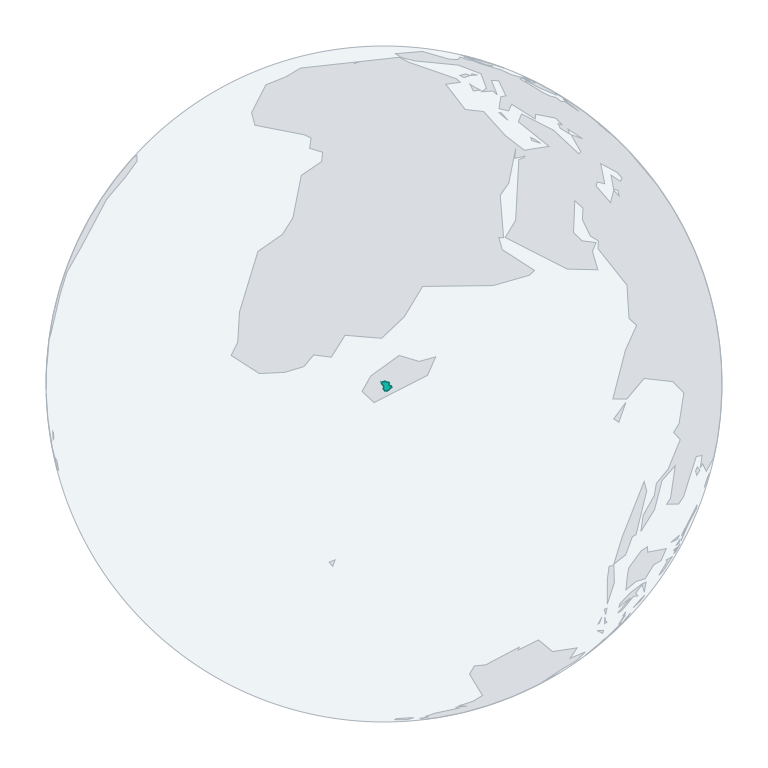 Haute Matsiatra on an orthographic globe, rotated 44°
{"feature_id": "MDG-5873", "entity_name": "Haute Matsiatra", "entity_type": "Autonomous Province", "adm_level": 1, "iso_a3": "MDG", "parent_name": "Madagascar", "parent_adm1": "", "projection": "orthographic", "projection_center": [46.02, -21.511], "detail": "fine", "context": "on_globe", "style": "filled", "palette": "teal", "viewbox_px": 768, "rotation_deg": 44, "n_neighbors": 0, "source": "natural_earth", "source_scale": "10m", "svg_char_len": 6732}
<svg xmlns="http://www.w3.org/2000/svg" viewBox="0 0 768 768"><g transform="rotate(44 384 384)"><circle cx="384" cy="384" r="338" fill="#eef3f6" stroke="#a8b0b8"/><path d="M46.3,396.5L47.3,391.1L51.5,395.2L54.2,414.3L56.2,443.9L71.0,495.4L78.1,523.5L88.6,544.2L109.3,579.1L112.4,585.0L120.5,594.7L129.6,606.1L134.1,611.5L142.6,620.4L144.7,622.6L127.5,604.0L111.8,584.3L97.6,563.4L85.1,541.6L74.1,518.8L64.9,495.3L57.5,471.2L51.9,446.6L48.2,421.7L46.3,396.5ZM147.5,625.3L149.4,627.1L166.7,642.8L174.9,649.1L190.4,660.7L195.7,663.9L197.4,665.3L202.2,668.5L206.4,671.0L206.6,671.6L185.8,657.7L166.0,642.2L147.5,625.3ZM209.9,672.1L208.4,672.7L207.5,671.7L197.6,665.2L201.8,666.3L209.9,672.1ZM184.6,653.9L178.6,648.2L179.9,648.5L184.3,652.6L184.6,653.9ZM368.0,46.5L372.8,46.3L365.7,46.8L354.2,47.5L360.7,47.9L362.2,47.3L367.7,47.2L374.8,46.4L379.0,46.4L378.5,46.1L380.3,46.1L384.5,46.1L384.8,46.3L396.8,46.3L441.9,51.1L444.7,51.6L444.8,51.6L468.4,56.8L491.7,63.7L514.4,72.2L536.4,82.4L557.6,94.1L578.0,107.3L597.3,121.9L615.6,137.9L632.6,155.1L648.4,173.6L649.2,174.6L662.9,193.1L672.5,208.3L676.5,222.9L668.6,220.1L669.8,224.6L662.5,214.5L659.0,219.2L677.7,256.9L679.3,265.7L670.8,274.1L669.5,267.1L650.2,240.4L651.1,260.3L665.9,286.5L671.2,311.6L661.7,298.5L655.9,276.4L649.0,266.3L647.6,248.1L635.7,218.1L626.0,217.7L623.7,207.4L605.9,182.1L590.1,181.7L567.2,199.4L569.1,226.2L559.0,235.8L534.1,191.8L525.0,166.3L514.7,166.6L490.1,144.1L444.0,138.0L438.7,132.1L429.7,134.2L412.6,128.0L404.9,119.2L394.0,119.7L415.1,143.4L426.9,143.5L438.3,135.0L441.9,143.9L458.5,153.3L435.9,174.1L369.4,194.4L365.0,174.8L325.1,128.9L327.5,123.9L327.4,123.4L327.0,122.4L321.3,130.8L315.1,123.1L334.2,152.8L336.5,167.5L368.4,195.7L364.9,198.9L375.8,205.2L413.3,197.8L413.1,204.6L394.1,237.4L344.0,287.0L351.9,321.6L350.5,352.8L322.1,376.1L327.5,401.3L313.2,411.9L314.3,427.0L304.5,444.6L287.0,463.1L254.2,469.6L249.9,455.7L229.9,432.4L201.2,376.2L207.0,347.2L203.1,327.8L179.6,291.4L184.6,267.3L178.9,259.9L166.8,266.1L160.6,257.7L153.5,260.1L111.4,287.5L100.3,280.8L91.2,250.9L100.0,231.3L104.6,214.6L168.1,138.3L178.1,135.4L224.2,114.1L229.3,114.0L220.2,125.5L251.8,130.1L266.4,118.8L298.7,121.0L322.5,118.4L337.6,98.4L298.5,102.0L295.4,94.2L329.6,83.7L364.3,83.1L364.2,80.2L345.4,74.7L356.5,69.6L339.2,72.8L343.9,75.1L333.2,77.6L328.3,75.7L332.4,73.7L322.8,73.5L305.7,84.7L308.6,88.3L281.6,94.1L283.9,101.0L275.4,106.0L268.5,96.3L271.5,92.0L256.0,86.2L250.3,91.0L264.6,97.3L258.7,97.7L251.2,105.9L252.3,100.1L238.2,93.5L215.9,103.0L182.1,129.9L170.2,136.9L162.8,138.4L180.6,118.1L205.1,105.2L211.8,99.3L211.6,96.0L219.0,92.8L222.0,90.4L231.7,86.2L250.0,76.7L260.6,73.1L272.4,66.6L279.4,64.3L270.4,68.4L269.9,70.0L296.7,63.7L303.2,61.6L308.7,58.4L315.4,57.7L317.3,55.4L334.9,52.4L314.9,54.7L320.8,52.5L333.9,50.0L332.3,50.1L310.9,54.5L305.7,56.1L306.9,56.6L289.4,63.3L279.2,66.3L283.9,62.1L270.0,66.5L279.8,62.6L284.6,61.0L312.0,53.8L339.9,49.0L368.0,46.5ZM142.4,169.6L139.8,174.6L142.4,169.6ZM398.9,94.2L421.0,96.2L414.7,85.2L422.7,85.4L417.6,82.1L414.1,84.5L402.2,76.0L413.1,74.1L412.3,70.5L404.8,69.8L386.8,75.0L403.7,86.6L397.0,90.5L398.9,94.2ZM228.5,84.0L230.2,83.3L224.2,86.7L210.8,94.0L219.4,88.9L228.5,84.0ZM246.6,75.3L251.2,73.3L244.9,76.0L249.8,74.0L241.0,78.1L241.0,80.1L235.7,83.5L213.9,93.5L223.9,88.0L221.6,88.6L234.1,81.9L242.0,77.4L246.6,75.3ZM237.5,108.6L241.9,107.8L249.3,105.6L244.6,111.2L237.5,108.6ZM227.4,104.1L231.7,102.2L228.7,108.0L224.2,109.3L227.4,104.1ZM236.6,96.8L232.1,101.7L231.8,99.8L236.6,96.8ZM274.7,67.0L279.6,65.5L279.1,66.1L275.3,67.8L274.7,67.0ZM329.5,102.0L321.2,106.2L318.2,104.8L321.7,103.5L329.5,102.0ZM279.8,107.4L290.0,108.2L278.4,109.0L279.8,107.4ZM471.0,544.5L473.8,550.8L468.3,550.2L471.0,544.5ZM409.3,347.4L389.8,404.2L373.4,404.6L368.9,387.4L375.1,352.9L393.6,343.4L402.3,328.6L409.3,347.4ZM702.6,400.4L705.1,406.3L704.7,407.7L702.6,400.4ZM700.2,390.5L703.6,396.0L699.0,393.0L700.2,390.5ZM704.8,398.2L708.3,400.6L709.8,400.4L709.2,403.2L704.8,398.2ZM697.5,387.2L680.3,369.3L672.6,358.8L675.2,354.7L687.7,366.9L697.5,387.2ZM674.5,354.0L661.8,329.0L638.9,273.5L647.2,278.4L670.0,317.4L668.7,321.2L676.5,339.1L674.5,354.0ZM702.5,350.9L701.0,364.0L692.3,352.9L687.8,346.2L684.9,325.3L686.6,318.0L690.5,321.8L701.4,306.3L706.0,318.6L703.6,326.6L707.1,342.8L702.5,350.9ZM570.8,229.3L579.5,248.4L573.5,249.5L570.8,229.3ZM702.8,292.2L700.4,298.7L701.6,287.5L702.8,292.2ZM701.7,280.1L703.4,286.7L700.4,278.2L701.7,280.1ZM672.5,232.4L668.6,230.2L667.0,226.0L671.1,226.5L672.5,232.4ZM679.8,221.6L685.1,233.0L686.3,236.1L681.9,227.2L679.8,221.6ZM625.2,616.2L637.2,603.3L633.7,609.6L625.0,617.9L625.2,616.2ZM654.2,586.9L644.4,598.8L642.3,599.2L647.4,592.4L645.0,593.8L649.3,585.5L662.7,565.5L659.9,566.9L667.6,558.0L661.2,563.8L668.5,550.3L671.2,539.6L647.1,533.3L644.9,524.0L652.3,515.3L664.0,479.5L665.3,482.1L672.9,460.8L691.1,459.4L706.2,439.7L708.4,451.9L714.9,436.9L714.7,449.6L710.4,464.3L705.0,488.3L710.8,470.1L703.1,495.1L693.6,519.4L682.2,542.9L669.1,565.5L654.2,586.9ZM708.6,413.4L713.1,408.7L714.5,411.4L708.6,413.4ZM717.4,439.3L718.2,433.4L718.8,429.7L720.2,417.7L720.6,400.0L720.7,390.8L721.4,391.1L720.3,377.3L721.7,383.9L721.3,401.3L721.6,397.8L717.4,439.3ZM719.8,413.5L719.8,415.2L719.3,417.9L719.8,413.5ZM717.2,381.8L716.9,385.1L716.2,379.9L717.2,381.8ZM718.3,382.6L719.8,394.0L717.9,385.1L718.3,382.6ZM709.1,348.9L710.2,359.5L713.7,360.2L711.0,363.4L712.4,382.2L711.1,386.3L710.0,366.3L708.0,381.1L706.3,378.1L706.3,362.7L708.5,348.6L710.1,344.5L715.9,353.0L709.1,348.9ZM718.7,371.9L718.1,359.9L718.3,354.7L719.1,362.0L718.7,371.9ZM714.6,330.7L710.9,314.8L709.2,314.7L711.3,308.2L714.7,324.4L714.6,330.7ZM709.2,302.5L707.7,302.2L708.3,297.6L709.2,302.5ZM706.4,297.5L704.7,289.6L706.7,293.8L706.4,297.5ZM710.3,305.0L708.0,293.1L710.4,302.2L710.3,305.0ZM699.8,272.0L706.7,290.7L700.3,276.8L693.1,253.2L695.3,256.4L699.8,272.0Z" fill="#d9dde1" stroke="#a8b0b8" stroke-width="1"/><path d="M382.6,385.6L382.1,385.5L381.2,384.9L381.3,384.9L381.4,384.7L381.5,384.6L381.5,384.4L381.4,384.0L381.5,383.8L381.5,383.7L381.4,383.6L381.6,383.2L381.7,382.9L381.8,382.9L381.9,382.7L382.0,382.7L382.3,382.5L382.5,382.5L382.5,382.4L382.6,382.2L382.5,381.5L382.5,381.4L382.7,381.2L383.4,381.2L384.1,380.8L384.8,380.6L385.3,380.2L385.7,379.7L386.2,379.5L386.6,379.6L387.1,379.5L387.3,379.9L387.8,380.8L388.6,381.3L389.3,381.3L389.7,380.7L390.6,380.3L391.0,380.5L391.2,380.9L391.9,380.9L391.7,382.0L391.4,382.7L391.5,383.1L391.7,383.7L391.4,385.4L391.2,386.2L390.9,386.7L391.1,387.1L390.3,387.6L389.7,387.9L389.3,388.5L388.6,388.2L388.1,388.2L387.4,388.2L386.8,388.1L386.4,387.6L386.3,386.9L386.1,386.4L385.1,385.8L384.1,385.6L383.3,385.5L382.6,385.6Z" fill="#14b8a6" stroke="#0f766e" stroke-width="1.5"/></g></svg>